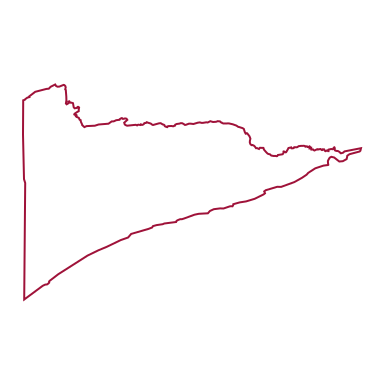 the district of Cook, Minnesota, United States of America
{"feature_id": "52423323B35428884505626", "entity_name": "Cook", "entity_type": "district", "adm_level": 2, "iso_a3": "USA", "parent_name": "United States of America", "parent_adm1": "Minnesota", "projection": "robinson", "projection_center": [-90.193, 47.855], "detail": "fine", "context": "isolated", "style": "outline", "palette": "rose", "viewbox_px": 384, "rotation_deg": 0, "n_neighbors": 0, "source": "geoboundaries", "source_scale": "gbopen_adm2", "svg_char_len": 4520}
<svg xmlns="http://www.w3.org/2000/svg" viewBox="0 0 384 384"><path d="M23.2,100.3L23.0,134.5L24.0,179.1L25.2,183.0L24.2,299.5L42.7,285.8L45.2,284.6L47.1,284.4L48.2,283.6L49.2,282.6L49.1,281.5L49.7,280.8L58.3,274.2L87.5,255.6L98.4,250.3L106.8,246.8L120.7,240.1L128.1,237.5L131.2,233.9L148.5,228.9L152.1,227.5L153.0,226.1L156.6,225.1L162.7,224.2L164.3,223.5L176.1,222.0L176.6,220.8L178.1,220.0L180.2,219.2L181.9,219.2L184.1,218.5L194.5,214.7L198.8,213.8L207.9,213.3L209.9,211.0L213.8,209.2L220.1,208.4L223.5,208.5L229.7,206.4L231.0,206.2L232.5,206.3L233.2,205.1L233.3,204.2L239.7,202.4L246.1,201.4L254.7,198.8L263.6,194.4L265.0,193.3L264.2,191.4L265.8,190.2L277.2,186.8L281.1,186.9L294.3,182.1L302.0,177.8L306.6,174.7L308.3,172.8L315.3,168.3L323.5,165.6L328.1,165.0L328.3,164.8L328.0,163.2L327.9,161.0L328.6,159.5L329.7,157.7L331.3,156.8L334.2,157.5L337.6,160.2L339.3,161.5L342.8,161.2L346.6,159.1L347.0,157.5L347.3,155.7L349.5,154.2L359.6,151.5L360.4,150.7L361.0,148.2L344.5,151.4L343.1,152.7L340.9,153.3L340.6,153.2L339.8,152.2L339.1,151.7L337.8,151.0L336.3,150.9L335.0,150.4L334.6,149.6L334.8,148.7L334.6,147.6L334.4,147.3L334.1,147.4L333.6,147.9L333.2,148.8L332.8,149.2L332.2,149.2L331.2,149.0L328.5,149.6L328.2,149.9L328.4,150.3L328.5,150.8L328.5,151.1L328.4,151.1L328.0,151.1L327.6,150.6L326.7,150.5L326.2,150.8L325.9,151.1L325.5,151.2L325.0,150.9L324.5,150.1L324.2,149.4L322.8,149.3L322.5,150.0L322.0,150.1L321.5,149.9L321.0,149.4L320.9,149.2L320.5,149.0L319.8,149.1L319.2,149.3L318.1,149.5L317.8,149.5L317.7,149.2L317.2,149.2L314.5,150.5L314.2,150.4L313.4,150.0L313.2,149.6L313.0,149.4L311.9,149.4L311.3,149.6L311.2,149.4L311.2,147.7L310.6,147.7L310.1,148.2L309.5,148.4L309.4,147.6L309.7,147.3L310.0,147.4L310.2,147.2L309.9,146.6L309.7,146.5L309.6,146.9L307.9,147.0L307.9,146.7L306.7,146.3L306.2,146.6L305.4,146.7L305.1,146.1L304.0,145.8L300.8,145.9L298.6,146.2L297.4,147.1L296.7,147.3L294.6,147.2L294.1,147.3L293.9,147.5L293.7,148.1L293.4,148.2L291.8,148.4L291.5,148.3L291.2,147.4L288.5,148.0L288.4,148.1L287.9,149.2L286.2,152.1L285.9,152.3L285.4,152.3L284.4,151.6L283.7,151.4L283.5,151.5L283.5,151.8L283.5,152.9L282.7,154.2L282.4,154.3L277.9,155.0L277.3,156.0L276.8,156.2L275.2,155.9L273.9,156.0L271.5,155.6L270.9,155.3L270.2,154.5L269.9,154.3L268.5,154.0L267.6,153.6L266.2,152.2L264.2,149.9L263.8,149.3L263.7,148.6L263.4,147.9L259.9,147.8L259.0,149.0L257.0,148.1L256.0,148.2L254.9,146.6L254.0,145.7L252.5,145.0L252.3,145.0L251.8,145.2L251.5,145.1L250.6,144.4L250.2,143.7L249.8,142.4L249.9,140.7L250.4,138.7L249.5,136.3L247.2,133.3L246.8,133.2L246.6,133.5L245.7,133.7L244.9,132.3L243.8,128.9L242.5,128.1L239.0,127.0L238.3,126.9L236.4,125.6L232.8,124.3L228.9,123.4L223.6,123.5L222.2,123.1L221.9,122.7L221.6,122.5L220.8,122.3L220.0,121.4L219.2,121.3L217.5,121.2L217.2,121.4L216.0,121.8L213.0,122.0L210.3,121.2L207.7,122.5L206.3,122.3L202.7,122.9L201.6,122.9L199.8,122.4L197.8,122.7L193.4,124.0L191.0,123.7L188.9,123.7L185.6,124.9L184.8,124.9L183.7,124.0L182.1,123.2L180.6,123.2L179.5,123.6L176.7,124.0L175.2,124.7L174.9,125.7L173.9,125.9L173.8,126.0L173.6,126.2L173.1,126.3L171.5,126.0L168.5,126.1L167.5,126.4L167.3,127.1L167.0,127.1L165.3,126.5L164.8,126.1L164.6,125.8L164.4,125.1L163.6,124.6L162.8,124.5L160.7,123.2L159.1,123.3L153.0,125.0L151.9,124.5L151.0,123.7L150.0,123.3L147.6,122.6L147.1,122.3L146.6,122.2L145.9,123.0L144.4,123.1L143.8,124.1L143.2,124.5L142.3,124.9L141.7,124.9L140.9,124.3L140.5,124.7L140.5,124.8L140.4,125.0L138.3,124.7L137.7,124.9L137.1,125.4L135.8,124.8L127.1,125.7L125.4,125.0L124.7,124.3L124.2,122.7L127.3,119.9L126.5,118.7L125.0,118.4L124.1,118.7L122.9,118.9L122.6,118.8L122.0,118.1L121.5,118.1L119.7,119.2L119.5,119.8L116.2,120.2L114.1,121.2L113.2,121.4L111.7,121.4L108.5,123.7L98.6,124.5L94.9,125.7L86.6,126.1L84.4,127.1L82.2,125.1L82.2,124.6L80.9,121.8L80.6,120.1L79.7,119.8L79.5,119.5L79.5,119.4L79.1,118.5L78.9,118.0L77.5,117.2L76.7,117.0L76.0,116.4L76.6,115.6L76.6,115.4L76.6,115.2L76.4,115.0L76.0,114.8L75.2,114.9L74.9,114.9L74.3,114.5L74.5,113.8L77.0,112.1L78.7,111.2L78.8,109.0L79.1,107.6L78.7,107.1L78.0,106.8L77.5,107.0L77.0,107.9L74.6,108.3L73.7,107.2L73.0,103.2L71.6,102.7L70.0,102.7L69.7,101.9L69.3,101.3L68.3,101.6L68.3,102.3L68.2,103.4L66.7,104.3L65.9,103.5L66.4,100.2L66.3,96.5L65.8,90.1L65.7,89.8L65.3,89.5L65.2,89.3L65.7,87.6L65.4,86.2L64.4,85.1L63.6,84.9L59.3,86.6L57.5,86.7L56.1,86.0L55.2,84.5L50.6,86.8L48.8,88.7L46.5,88.9L35.2,91.8L29.2,96.4L29.4,97.1L27.4,97.6L25.2,99.2L24.8,99.8L23.2,100.3L23.2,100.3Z" fill="none" stroke="#9f1239" stroke-width="2"/></svg>